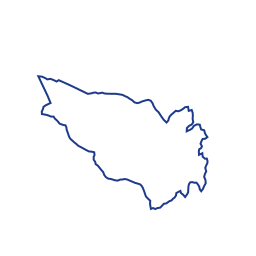 Morro Grande, Santa Catarina, Brazil (Mercator projection), rotated 145°
{"feature_id": "56859067B32149650362848", "entity_name": "Morro Grande", "entity_type": "district", "adm_level": 2, "iso_a3": "BRA", "parent_name": "Brazil", "parent_adm1": "Santa Catarina", "projection": "mercator", "projection_center": [-49.747, -28.738], "detail": "fine", "context": "isolated", "style": "outline", "palette": "blue", "viewbox_px": 256, "rotation_deg": 145, "n_neighbors": 0, "source": "geoboundaries", "source_scale": "gbopen_adm2", "svg_char_len": 2354}
<svg xmlns="http://www.w3.org/2000/svg" viewBox="0 0 256 256"><g transform="rotate(145 128 128)"><path d="M176.8,137.9L175.5,135.1L173.5,131.3L171.3,129.4L169.6,127.5L170.9,125.1L172.8,123.9L174.3,121.7L174.3,119.0L175.2,116.9L174.3,114.4L174.1,111.4L173.9,108.4L173.6,106.1L174.4,103.1L174.3,100.4L173.2,97.8L171.3,96.1L170.0,94.4L168.4,92.4L166.6,90.8L164.0,90.2L162.1,89.0L160.0,88.1L158.2,86.3L156.8,84.0L155.4,81.8L153.7,79.0L152.0,77.0L150.5,75.0L150.0,72.9L150.2,70.4L151.2,66.4L152.1,63.5L152.6,61.4L152.1,58.4L151.5,55.7L153.4,53.3L154.6,50.9L155.6,48.6L153.3,48.0L152.2,46.0L150.0,45.6L147.3,44.3L144.6,44.8L142.1,45.4L140.0,44.3L136.0,44.3L134.0,43.7L132.0,44.2L129.7,44.3L127.4,45.2L125.7,47.0L123.1,46.7L121.2,46.4L121.9,44.3L121.1,41.9L120.8,38.7L119.0,39.3L117.1,40.0L115.4,41.1L113.5,43.6L111.7,45.8L110.1,47.1L108.3,47.8L106.3,46.8L105.1,45.1L103.3,44.0L103.1,41.8L103.3,39.1L104.4,36.4L104.3,34.2L101.6,35.1L98.7,36.9L96.1,38.1L94.4,40.9L93.7,44.2L91.3,46.3L88.8,47.6L87.6,51.0L85.2,52.6L83.0,53.8L81.7,55.6L81.0,57.7L82.6,58.8L83.3,61.6L81.6,64.7L85.2,65.3L83.4,68.2L82.0,69.7L79.7,69.6L77.9,70.6L77.6,73.5L75.5,75.0L73.2,76.2L70.8,74.9L68.2,75.0L68.2,77.6L67.9,79.7L66.9,82.5L68.9,84.8L68.1,87.5L67.3,89.5L69.3,91.4L72.7,92.0L75.8,90.8L77.7,90.9L81.8,91.6L79.8,94.2L76.6,94.7L73.9,94.3L71.3,95.2L69.7,98.6L67.8,100.9L66.3,103.4L65.5,106.2L68.4,107.2L66.7,110.9L69.3,112.3L71.8,112.1L74.7,112.2L77.3,112.9L79.0,114.7L81.6,114.4L84.5,114.1L87.1,113.6L89.0,112.5L90.7,111.0L93.3,110.4L94.0,114.1L94.1,117.3L94.0,120.6L93.9,123.4L94.7,127.2L94.4,131.3L93.7,134.0L93.7,137.2L95.2,139.4L97.2,140.3L99.5,141.1L101.7,141.8L103.7,142.1L106.1,143.0L108.0,145.3L108.7,148.5L109.9,151.1L110.8,153.6L112.1,155.7L113.5,158.3L118.0,162.7L125.1,167.8L127.5,169.8L128.8,171.7L130.6,172.5L132.7,173.4L134.1,175.6L136.2,176.8L138.1,177.4L141.3,179.0L151.1,196.5L157.3,206.9L159.8,207.0L161.6,210.2L163.3,212.7L166.2,214.1L167.3,216.6L169.0,219.4L171.8,221.8L175.4,200.6L177.1,192.9L179.5,193.3L182.3,193.8L185.0,193.8L187.2,192.0L189.2,190.9L190.5,188.8L187.9,186.2L186.2,184.2L184.6,181.6L182.4,180.0L182.5,177.6L181.8,174.6L181.5,170.7L179.2,167.5L177.7,166.1L178.1,163.9L179.3,161.6L180.1,158.5L180.9,155.9L181.4,153.6L181.3,151.5L180.7,149.2L180.3,147.1L179.6,145.0L178.9,141.9L176.8,137.9Z" fill="none" stroke="#1e3a8a" stroke-width="2"/></g></svg>